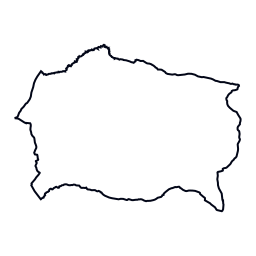 Micfalau, Covasna, Romania
{"feature_id": "2599482B86222480171428", "entity_name": "Micfalau", "entity_type": "district", "adm_level": 2, "iso_a3": "ROU", "parent_name": "Romania", "parent_adm1": "Covasna", "projection": "natural_earth1", "projection_center": [25.868, 46.051], "detail": "fine", "context": "isolated", "style": "outline", "palette": "ink", "viewbox_px": 256, "rotation_deg": 0, "n_neighbors": 0, "source": "geoboundaries", "source_scale": "gbopen_adm2", "svg_char_len": 5609}
<svg xmlns="http://www.w3.org/2000/svg" viewBox="0 0 256 256"><path d="M232.5,160.7L233.4,160.1L234.6,158.4L235.6,157.7L236.5,156.6L237.9,150.9L238.1,148.9L237.7,144.5L237.9,143.7L239.5,140.9L239.9,139.6L239.8,138.9L239.3,137.9L239.2,137.0L239.6,134.0L239.3,131.8L239.1,131.1L237.9,130.0L237.6,129.3L237.6,127.7L238.0,126.6L239.9,124.3L239.9,122.9L240.5,121.0L240.6,119.1L240.4,118.4L238.3,115.1L236.6,112.0L233.4,110.8L229.7,107.7L228.0,105.8L227.3,104.1L227.1,102.1L227.2,101.5L227.2,101.1L226.5,99.9L226.3,98.6L226.4,98.0L227.2,97.1L228.1,95.2L229.4,93.7L230.9,92.7L231.5,92.1L231.8,91.0L232.9,90.4L234.9,90.2L236.8,89.6L237.4,89.3L237.8,87.5L238.3,86.6L239.0,85.9L238.9,85.3L238.7,85.0L237.8,84.6L235.3,84.6L234.8,84.2L234.3,84.3L233.3,84.1L232.6,83.6L231.2,83.9L230.7,83.9L229.2,83.3L226.2,82.7L224.2,82.1L220.4,82.1L217.0,81.0L215.5,80.8L213.0,79.4L211.0,78.6L203.5,77.0L201.9,77.2L198.0,76.4L194.9,74.7L191.4,73.8L188.1,73.7L184.8,74.5L178.3,75.2L177.1,75.1L175.7,74.4L174.9,74.2L172.2,74.6L167.5,73.9L165.9,73.1L165.0,71.9L161.7,69.8L160.9,69.6L157.8,69.5L156.9,68.2L155.4,67.4L155.2,67.0L153.4,65.5L152.1,64.9L151.6,64.4L149.4,63.6L147.9,63.5L146.7,63.2L143.1,60.9L140.6,61.0L138.5,60.1L136.5,59.7L135.9,60.0L135.8,60.4L135.4,60.4L135.4,61.4L135.2,61.5L133.9,62.4L133.8,62.7L133.4,62.8L132.8,62.4L131.4,62.2L129.7,61.4L126.1,60.3L123.4,60.0L123.0,59.6L122.6,59.5L120.2,59.2L119.4,59.6L119.0,59.3L118.4,59.2L117.8,58.6L117.5,58.7L115.6,58.3L114.6,58.8L114.5,58.0L113.9,58.0L112.8,57.5L112.4,57.1L111.8,57.0L111.2,56.0L110.8,55.9L109.4,54.5L109.6,53.4L109.1,53.2L109.0,52.0L109.4,51.3L109.1,51.1L109.2,50.7L108.9,50.1L109.1,49.6L108.7,49.3L108.9,49.0L108.4,48.7L108.6,48.5L108.5,48.3L107.8,48.2L107.7,48.0L107.9,47.8L107.4,47.8L106.9,47.3L106.6,47.3L106.7,47.0L106.6,46.8L106.0,47.1L105.5,47.0L105.3,46.7L104.8,46.8L104.8,46.0L104.4,45.6L104.6,45.2L103.9,44.8L103.5,45.0L102.7,46.2L102.2,46.2L102.2,46.5L100.8,46.2L100.6,46.9L100.2,47.0L100.3,47.4L98.7,47.0L98.5,47.3L98.0,47.4L97.8,47.8L97.2,48.0L97.5,48.7L96.5,48.1L96.1,48.1L95.7,48.4L94.5,48.5L94.2,48.9L94.1,49.6L93.7,50.1L92.6,49.8L92.4,50.2L92.2,50.2L91.8,49.7L91.6,50.0L91.4,49.9L91.1,50.1L90.2,50.2L90.1,50.5L89.6,50.8L88.9,50.7L88.7,50.3L88.4,50.3L88.1,50.6L88.1,51.7L87.9,52.0L87.1,52.4L86.8,52.3L86.5,51.6L85.6,51.5L85.7,52.6L85.5,52.9L84.8,53.1L84.4,53.6L84.0,53.6L83.8,54.1L83.0,54.3L83.1,55.0L82.2,55.4L82.0,55.7L80.9,56.4L79.6,56.6L79.3,56.3L79.1,56.7L78.8,56.6L78.3,56.9L78.5,57.8L78.1,58.0L78.1,58.5L77.7,59.0L77.0,59.1L77.2,59.5L77.0,59.8L77.2,60.1L76.8,60.3L77.0,60.6L76.8,61.8L75.7,62.1L75.1,61.5L74.8,61.4L74.6,62.5L72.3,63.8L71.8,64.4L71.7,65.2L70.4,65.7L70.6,66.2L70.4,66.2L69.9,65.7L69.4,66.0L69.2,65.9L69.1,65.2L68.9,65.1L67.9,65.8L67.9,66.8L67.4,67.2L67.3,67.6L67.0,67.7L66.8,68.3L66.3,68.5L66.7,69.2L66.7,69.8L65.0,71.0L65.1,71.5L63.1,71.1L62.7,71.5L61.4,71.8L59.9,71.8L59.1,72.3L58.3,71.8L57.9,72.4L57.2,72.5L56.3,72.4L55.2,72.8L54.5,72.8L54.1,73.4L53.4,73.1L52.8,73.2L51.8,73.5L51.4,73.3L50.6,73.8L48.7,73.9L47.9,74.5L47.3,74.5L46.3,75.0L46.0,74.9L45.8,74.3L45.5,74.1L44.7,74.1L43.9,74.5L43.3,73.4L42.4,73.0L42.3,72.3L41.0,71.2L37.3,76.5L35.5,79.6L34.0,83.2L33.2,87.1L31.4,92.5L30.8,96.6L29.7,99.3L27.2,102.9L25.8,103.7L23.7,106.7L21.4,109.0L20.7,110.7L19.1,112.8L18.0,115.9L17.3,117.1L15.4,117.8L15.5,118.3L17.6,118.5L18.8,118.9L24.6,122.6L26.0,123.2L26.1,122.9L30.2,123.3L30.7,124.4L30.8,125.9L30.5,127.8L30.4,129.8L31.1,132.1L31.4,134.1L32.3,135.7L34.1,137.6L34.4,138.7L34.9,142.6L35.6,144.3L36.3,146.4L36.3,147.9L35.1,150.3L34.2,152.8L34.9,154.4L37.2,154.8L37.5,155.9L37.8,158.6L38.2,159.3L37.9,160.1L35.9,161.0L35.9,161.5L36.7,162.8L36.7,163.1L35.5,165.7L35.5,166.1L36.4,167.9L36.5,168.9L37.2,170.7L38.1,171.7L39.7,172.7L39.7,173.0L38.5,174.8L36.2,177.4L35.0,179.3L32.0,182.8L31.5,183.4L31.8,184.4L31.3,185.3L34.6,191.2L40.8,199.3L41.0,199.2L41.4,198.6L42.0,198.2L43.6,197.6L43.7,196.7L44.3,196.4L44.6,195.6L45.1,195.2L44.8,194.5L45.0,193.7L45.3,193.3L45.9,193.1L46.4,192.4L48.1,191.8L48.3,191.4L49.0,191.1L49.3,189.7L50.0,189.0L50.9,188.7L52.1,189.4L52.6,189.3L53.9,188.0L54.8,187.6L55.6,187.0L56.3,186.8L58.0,187.8L58.9,187.7L59.2,187.3L59.2,186.5L59.5,186.3L61.0,186.0L61.8,185.3L63.4,185.1L64.1,184.5L65.5,184.3L66.7,184.4L68.4,185.1L70.0,185.3L71.2,185.0L72.3,185.1L73.6,184.6L75.0,184.7L76.2,185.4L79.2,185.6L80.7,187.5L81.7,187.9L83.3,187.8L85.2,188.0L86.2,187.6L87.2,189.1L87.7,189.4L89.9,189.6L91.6,190.2L94.9,190.1L96.9,191.2L97.7,191.3L98.7,190.9L100.6,191.9L100.7,192.4L101.6,192.6L102.3,193.7L103.5,194.8L104.9,195.7L109.1,197.5L111.9,198.2L118.6,199.3L120.7,198.8L123.2,198.9L126.6,200.0L127.5,199.9L128.1,199.3L128.7,199.1L131.9,200.1L133.4,200.1L135.4,199.8L137.7,199.7L138.7,199.3L139.4,199.4L140.9,199.2L142.4,199.6L144.2,200.6L146.1,201.2L147.1,200.9L150.3,200.8L153.4,200.1L154.9,199.6L156.5,198.7L157.6,197.8L161.1,196.9L162.1,195.9L162.4,195.2L163.6,194.9L163.7,193.7L165.4,192.1L168.9,189.3L171.5,188.2L172.4,188.1L175.2,187.0L176.1,187.2L179.0,186.7L179.9,187.4L180.2,188.0L181.2,188.4L182.9,189.8L185.5,191.0L186.6,191.1L189.0,190.5L192.7,190.6L195.2,190.9L199.3,192.4L199.9,192.8L200.2,194.1L203.5,196.9L204.8,197.8L205.0,198.7L204.9,200.3L210.1,203.3L211.1,204.4L215.0,207.3L216.6,209.8L217.2,210.1L221.8,211.2L222.4,210.7L223.1,209.2L223.5,204.6L223.2,203.4L223.1,201.4L223.0,201.5L222.4,199.7L221.7,193.5L218.9,188.4L218.0,185.2L217.9,182.6L217.3,179.2L217.8,175.8L217.5,172.4L218.0,171.9L220.9,171.3L222.7,170.7L222.9,170.3L222.7,169.0L222.8,168.8L224.0,168.2L225.9,167.9L226.7,167.5L230.2,164.2L230.7,163.5L231.3,162.3L232.5,160.7Z" fill="none" stroke="#020617" stroke-width="2"/></svg>